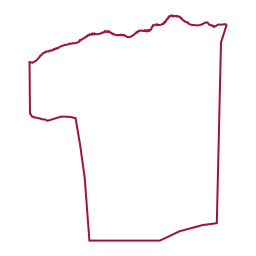 the district of Gagaifomauga III, Gaga'ifomauga, Samoa
{"feature_id": "51752279B86884772728329", "entity_name": "Gagaifomauga III", "entity_type": "district", "adm_level": 2, "iso_a3": "WSM", "parent_name": "Samoa", "parent_adm1": "Gaga'ifomauga", "projection": "albers", "projection_center": [-172.519, -13.545], "detail": "fine", "context": "isolated", "style": "outline", "palette": "rose", "viewbox_px": 256, "rotation_deg": 0, "n_neighbors": 0, "source": "geoboundaries", "source_scale": "gbopen_adm2", "svg_char_len": 5062}
<svg xmlns="http://www.w3.org/2000/svg" viewBox="0 0 256 256"><path d="M226.5,25.1L225.6,24.6L225.5,24.2L223.6,24.4L221.6,24.6L220.3,24.7L219.2,24.5L218.3,24.6L217.8,24.8L216.4,25.6L215.7,26.1L214.5,26.8L214.2,26.8L214.1,26.4L213.3,26.6L213.2,26.4L213.2,25.8L212.7,25.5L212.1,25.6L211.7,25.5L211.6,25.3L211.2,25.4L211.0,25.2L210.6,25.1L209.9,25.1L209.3,24.8L209.0,24.5L208.8,23.8L208.3,23.5L207.9,22.9L207.0,22.4L206.6,22.3L205.8,22.7L205.1,22.8L204.5,22.8L204.2,23.1L202.9,23.9L202.1,24.3L201.5,24.4L200.8,24.8L199.9,25.1L199.2,25.2L198.6,25.3L198.1,25.3L197.6,25.4L196.1,25.3L195.0,25.2L193.8,25.1L192.7,25.0L192.4,25.1L191.9,24.9L191.3,24.8L190.5,24.6L189.9,24.2L189.3,24.2L188.5,23.5L188.2,22.9L187.6,22.8L187.6,22.6L187.2,22.6L187.0,22.2L186.6,22.1L185.8,21.9L184.7,21.5L184.5,21.0L184.1,20.7L183.9,20.8L183.5,20.4L183.1,20.2L182.5,19.7L182.4,19.3L182.1,19.2L181.7,18.6L181.2,18.5L180.9,17.8L180.6,17.9L180.5,17.6L180.3,17.6L180.1,17.2L179.5,17.1L179.2,16.6L178.8,16.4L178.3,16.3L177.9,16.5L177.4,16.2L177.1,16.4L177.0,16.1L176.3,15.9L176.1,16.1L175.6,16.2L175.0,16.0L173.5,15.8L173.2,16.3L173.0,16.0L172.7,15.8L172.3,15.9L171.7,15.8L171.5,15.4L171.0,15.6L171.0,15.9L170.4,15.9L170.1,16.1L169.5,16.2L169.1,16.5L169.2,16.8L168.7,16.7L168.0,17.9L168.0,18.3L167.8,18.8L167.1,19.0L167.1,19.3L166.8,19.8L166.4,20.0L166.0,20.7L165.9,21.1L165.5,21.2L165.4,21.8L165.1,21.9L164.9,22.3L164.6,22.6L164.3,22.3L164.1,22.7L163.7,23.0L163.5,23.5L163.3,23.5L163.1,24.0L162.5,24.0L162.4,24.2L161.7,24.3L160.6,24.9L159.7,25.0L158.5,24.9L157.5,25.1L157.3,24.6L156.9,25.0L156.6,24.6L156.0,24.8L155.2,24.6L154.2,24.8L153.9,25.1L153.4,25.9L153.0,25.7L153.0,26.0L152.7,26.0L152.2,26.5L152.1,26.9L151.7,27.5L151.6,28.0L151.4,28.6L151.4,28.8L151.1,29.3L150.6,29.8L149.8,29.9L149.8,30.3L149.5,30.3L149.4,30.6L149.1,30.4L148.9,30.6L148.5,30.3L148.4,30.6L148.1,30.9L147.4,30.6L147.4,30.9L147.0,30.7L146.7,31.0L146.6,30.7L146.1,30.5L145.8,30.6L145.4,30.9L145.1,30.6L144.9,30.9L144.4,30.9L144.3,30.7L144.0,31.0L143.3,31.0L142.6,30.9L142.4,30.6L142.0,30.7L141.6,30.5L141.2,30.5L140.3,30.5L139.5,31.1L139.0,30.8L138.8,31.2L138.7,31.2L138.4,31.5L138.1,31.4L137.6,31.5L137.3,31.9L137.2,32.2L136.8,32.0L136.5,32.1L136.2,32.6L136.1,33.1L135.8,33.3L135.3,33.3L134.1,34.5L134.0,34.8L132.9,35.3L132.4,35.7L131.7,36.0L131.4,36.4L131.0,36.6L129.9,36.7L129.7,37.0L129.0,37.1L127.7,37.1L127.2,36.9L126.3,36.3L125.4,35.9L125.2,35.7L124.6,35.5L124.4,35.6L124.1,35.3L123.8,35.3L123.8,35.0L123.0,34.9L122.9,35.1L122.4,35.1L122.3,34.9L121.8,35.1L120.7,34.8L120.6,35.1L120.3,35.0L119.9,35.2L119.6,35.0L118.9,35.0L118.3,35.2L117.9,35.0L117.6,35.3L117.3,35.3L116.8,35.0L116.3,35.1L115.6,34.9L114.9,34.5L114.1,34.5L113.8,34.4L113.3,33.9L112.9,34.1L112.6,33.7L112.3,33.9L112.0,33.7L111.8,33.4L111.2,32.9L110.9,32.9L110.7,32.6L110.3,32.6L109.8,31.9L109.4,32.0L109.3,31.5L109.1,31.4L108.7,31.9L108.0,31.6L107.6,31.2L107.4,31.2L107.1,31.8L106.7,31.4L106.4,31.7L106.2,31.5L105.8,31.7L105.7,31.5L105.2,31.7L104.8,31.3L104.6,31.7L104.2,31.8L103.8,32.4L103.4,32.4L103.0,32.7L102.4,32.6L102.4,32.8L102.0,32.8L101.7,33.1L100.7,33.5L100.0,33.6L98.7,34.0L97.5,34.2L96.3,34.3L95.9,34.2L94.9,34.2L94.7,33.8L94.4,34.2L93.8,33.9L93.8,34.3L93.0,34.3L92.5,34.5L92.2,33.9L91.9,34.3L91.6,34.4L91.3,34.1L91.0,34.2L90.8,34.5L90.4,34.4L90.0,34.8L89.7,34.9L89.4,34.6L89.1,35.1L88.8,34.9L87.8,35.3L87.6,35.8L87.3,35.6L86.9,35.8L86.8,36.2L86.5,36.4L86.5,36.7L85.7,37.0L85.5,37.4L85.2,37.6L84.3,37.7L83.7,38.1L83.4,38.6L83.1,38.6L82.7,39.1L81.9,39.3L81.6,39.8L80.4,39.9L80.2,40.4L79.9,40.2L79.7,40.7L79.4,40.8L79.0,41.4L78.9,41.8L78.4,42.1L77.3,42.5L76.6,42.7L75.9,43.1L74.9,43.2L73.7,43.2L72.9,43.4L72.6,43.2L72.2,43.5L70.3,43.8L70.0,43.6L69.1,43.9L69.0,44.1L68.6,44.1L67.8,44.5L67.0,44.7L66.4,44.8L66.2,44.9L65.6,44.8L64.5,45.0L63.7,45.3L63.4,45.5L62.7,45.6L62.4,45.8L61.5,46.1L60.7,46.5L60.1,46.6L58.8,47.5L58.5,47.6L58.3,48.0L57.3,48.2L56.7,48.1L56.6,48.3L56.2,48.3L56.1,48.8L55.8,49.0L55.4,48.9L55.3,49.2L54.6,49.3L54.3,49.5L53.9,49.5L53.6,49.3L53.2,50.0L52.3,50.4L51.9,50.3L51.5,50.5L50.5,50.6L50.1,50.5L49.6,50.9L48.8,51.2L48.6,51.5L47.7,51.4L47.4,51.5L46.5,51.5L46.2,51.9L45.7,51.9L45.4,52.3L45.0,52.2L44.8,52.4L44.3,52.4L44.1,52.7L43.6,53.1L43.1,53.3L42.3,53.8L41.7,54.3L41.7,54.7L41.1,55.3L40.4,55.9L40.1,55.9L40.0,56.3L39.6,56.9L39.0,57.5L38.5,58.2L37.6,59.2L35.8,60.9L34.9,61.4L34.4,61.5L34.2,61.8L33.7,62.1L32.8,62.5L32.4,62.7L32.2,62.4L31.6,62.5L30.8,62.4L30.5,62.3L29.5,62.1L30.0,113.8L30.3,113.9L30.7,114.2L31.1,114.8L31.6,116.1L32.1,116.6L33.4,116.8L33.9,117.4L34.3,117.5L34.8,117.4L35.8,117.5L36.7,117.8L37.5,117.9L38.8,118.4L39.7,118.3L40.0,118.4L41.4,119.2L42.2,119.3L42.6,119.3L43.6,119.3L45.5,119.6L46.3,120.1L47.0,120.6L47.4,120.7L50.2,120.0L51.7,119.5L54.2,118.7L55.7,118.3L57.3,117.8L59.8,117.0L60.6,116.8L61.9,116.6L64.8,116.6L68.7,116.9L70.2,116.9L70.7,117.0L72.6,117.5L74.2,117.9L75.5,118.0L80.1,144.8L84.7,177.8L89.4,240.6L99.3,240.6L112.1,240.6L127.8,240.6L146.9,240.6L151.5,240.6L159.8,240.6L179.7,231.2L202.5,225.1L216.8,223.2L221.0,42.4L226.5,25.1Z" fill="none" stroke="#9f1239" stroke-width="2"/></svg>